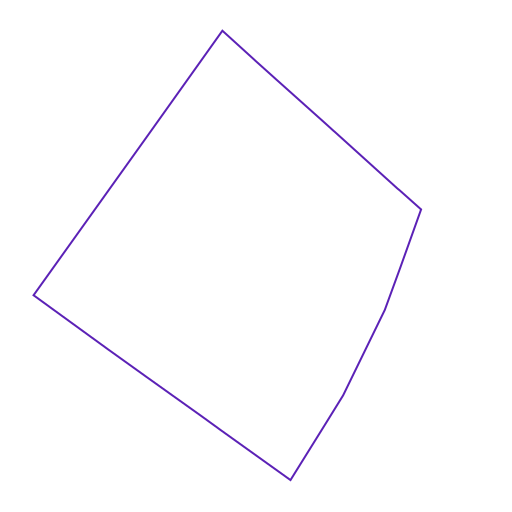 Clarke, Mississippi, United States of America, rotated 306°
{"feature_id": "52423323B26987461690173", "entity_name": "Clarke", "entity_type": "district", "adm_level": 2, "iso_a3": "USA", "parent_name": "United States of America", "parent_adm1": "Mississippi", "projection": "orthographic", "projection_center": [-88.63, 32.027], "detail": "fine", "context": "isolated", "style": "outline", "palette": "violet", "viewbox_px": 512, "rotation_deg": 306, "n_neighbors": 0, "source": "geoboundaries", "source_scale": "gbopen_adm2", "svg_char_len": 421}
<svg xmlns="http://www.w3.org/2000/svg" viewBox="0 0 512 512"><g transform="rotate(306 256 256)"><path d="M390.7,362.2L393.6,333.2L393.7,330.9L402.8,246.1L402.8,245.4L403.9,235.5L410.7,168.7L413.6,140.7L413.7,140.1L418.5,96.4L289.2,97.6L93.5,99.1L93.5,191.2L93.8,238.3L94.4,307.2L94.4,329.8L95.0,415.6L163.5,410.7L194.5,408.4L288.1,391.9L330.9,379.7L390.7,362.2Z" fill="none" stroke="#5b21b6" stroke-width="2"/></g></svg>